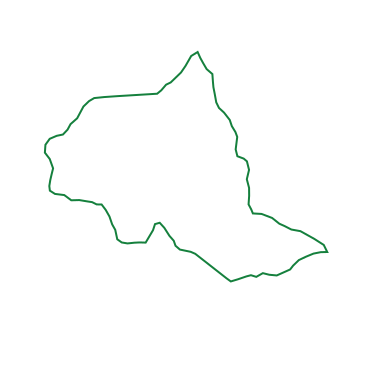 the district of Cordeirópolis, São Paulo, Brazil, rotated 46°
{"feature_id": "56859067B87866639520897", "entity_name": "Cordeirópolis", "entity_type": "district", "adm_level": 2, "iso_a3": "BRA", "parent_name": "Brazil", "parent_adm1": "São Paulo", "projection": "natural_earth1", "projection_center": [-47.407, -22.478], "detail": "fine", "context": "isolated", "style": "outline", "palette": "green", "viewbox_px": 384, "rotation_deg": 46, "n_neighbors": 0, "source": "geoboundaries", "source_scale": "gbopen_adm2", "svg_char_len": 1413}
<svg xmlns="http://www.w3.org/2000/svg" viewBox="0 0 384 384"><g transform="rotate(46 192 192)"><path d="M95.2,90.7L93.6,98.1L96.8,109.1L98.4,116.9L98.4,131.2L96.8,136.1L97.5,143.4L97.1,148.8L71.2,179.1L62.8,189.1L56.5,197.1L55.1,202.9L55.1,210.7L59.2,223.4L58.8,232.2L60.7,238.2L61.0,244.9L57.6,250.3L54.9,257.4L56.2,264.6L61.5,270.5L69.4,271.4L78.5,275.5L81.7,280.6L85.0,285.7L88.6,290.5L92.3,293.3L98.2,291.9L105.5,286.0L114.1,284.6L119.5,278.7L126.1,273.8L129.9,270.9L134.7,269.2L138.2,265.7L144.9,266.5L152.3,268.4L159.8,271.9L165.9,273.5L174.1,278.6L179.5,277.6L184.2,274.1L188.5,268.6L192.0,264.6L196.2,260.5L192.4,246.6L189.4,240.9L191.7,236.6L198.5,236.8L207.9,238.7L214.4,239.0L219.2,241.2L225.0,240.7L234.1,234.5L238.7,232.6L278.2,227.1L283.3,226.2L286.7,219.6L290.5,211.5L292.8,207.4L297.7,204.7L299.6,197.4L305.2,193.9L310.9,189.0L314.1,180.2L315.9,175.2L315.2,170.4L315.2,162.4L317.7,155.0L320.7,147.4L324.7,141.2L329.1,136.4L321.6,134.0L310.7,136.6L304.4,138.5L295.5,141.2L288.0,146.6L280.7,149.1L275.5,151.2L266.3,152.4L256.1,157.2L249.7,163.1L245.7,161.5L240.2,159.9L234.5,153.6L228.7,148.1L220.9,143.7L215.7,135.6L208.1,131.2L203.9,131.6L197.8,134.5L191.7,131.0L183.8,121.2L179.0,119.1L172.3,117.6L166.4,114.8L157.1,113.8L150.3,114.2L144.4,112.3L137.2,107.5L131.5,103.8L127.4,100.5L121.3,95.4L113.8,96.1L107.2,94.5L101.3,92.9L95.2,90.7Z" fill="none" stroke="#15803d" stroke-width="2"/></g></svg>